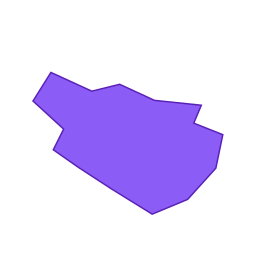 the Urban county of Nagykanizsa, rotated 305°
{"feature_id": "HUN-4911", "entity_name": "Nagykanizsa", "entity_type": "Urban county", "adm_level": 1, "iso_a3": "HUN", "parent_name": "Hungary", "parent_adm1": "", "projection": "natural_earth1", "projection_center": [16.987, 46.469], "detail": "fine", "context": "isolated", "style": "filled", "palette": "violet", "viewbox_px": 256, "rotation_deg": 305, "n_neighbors": 0, "source": "natural_earth", "source_scale": "10m", "svg_char_len": 350}
<svg xmlns="http://www.w3.org/2000/svg" viewBox="0 0 256 256"><g transform="rotate(305 128 128)"><path d="M129.3,33.0L137.4,77.2L159.0,96.1L165.8,133.8L188.7,175.0L169.7,179.1L176.9,209.5L145.5,223.0L103.7,217.8L71.3,197.2L68.6,149.2L67.3,109.8L67.3,79.3L90.2,75.9L95.6,34.7L129.3,33.0Z" fill="#8b5cf6" stroke="#5b21b6" stroke-width="1.5"/></g></svg>